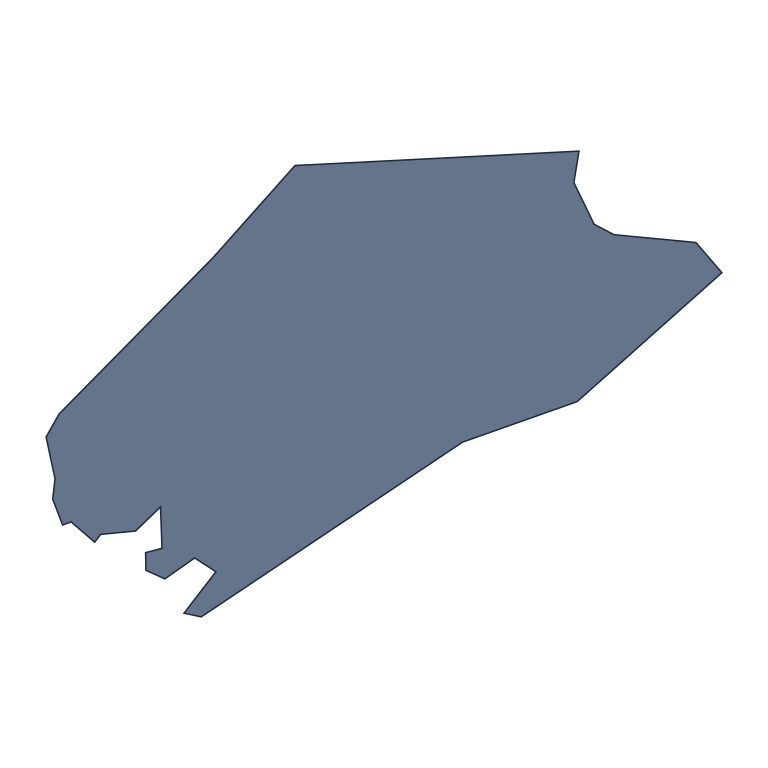 outline of Webster, Kentucky, United States of America
{"feature_id": "52423323B51645732520918", "entity_name": "Webster", "entity_type": "district", "adm_level": 2, "iso_a3": "USA", "parent_name": "United States of America", "parent_adm1": "Kentucky", "projection": "equal_earth", "projection_center": [-87.761, 37.499], "detail": "fine", "context": "isolated", "style": "filled", "palette": "slate", "viewbox_px": 768, "rotation_deg": 0, "n_neighbors": 0, "source": "geoboundaries", "source_scale": "gbopen_adm2", "svg_char_len": 472}
<svg xmlns="http://www.w3.org/2000/svg" viewBox="0 0 768 768"><path d="M59.2,413.8L46.1,437.0L55.0,478.7L52.7,499.2L62.6,525.0L71.1,521.9L94.7,542.2L100.7,534.4L135.6,531.0L160.5,506.9L162.0,548.3L145.6,552.6L145.9,570.3L164.8,578.9L194.6,558.0L215.9,571.7L184.0,613.2L201.2,616.9L462.6,442.1L577.2,401.6L721.9,272.7L695.9,242.5L613.9,234.7L594.1,224.2L573.9,182.6L579.0,151.1L295.0,165.5L212.9,257.8L59.2,413.8Z" fill="#64748b" stroke="#1e293b" stroke-width="1.5"/></svg>